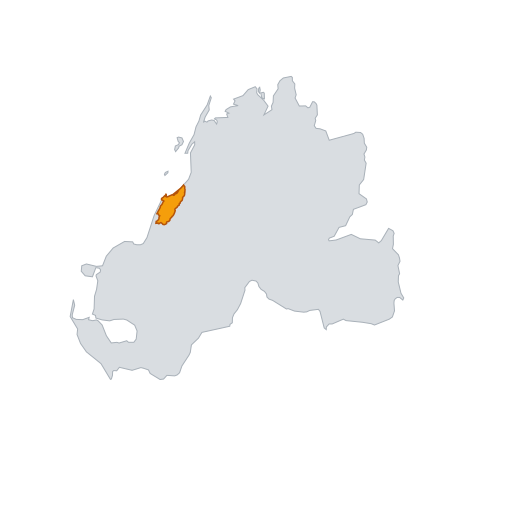 Miranda on a map of Venezuela (Albers equal-area conic projection), rotated 297°
{"feature_id": "VEN-47", "entity_name": "Miranda", "entity_type": "State", "adm_level": 1, "iso_a3": "VEN", "parent_name": "Venezuela", "parent_adm1": "", "projection": "albers", "projection_center": [-66.423, 10.291], "detail": "fine", "context": "in_parent", "style": "filled", "palette": "amber", "viewbox_px": 512, "rotation_deg": 297, "n_neighbors": 0, "source": "natural_earth", "source_scale": "10m", "svg_char_len": 6466}
<svg xmlns="http://www.w3.org/2000/svg" viewBox="0 0 512 512"><g transform="rotate(297 256 256)"><path d="M427.0,199.5L432.0,205.8L431.6,207.3L428.6,208.9L426.9,212.5L423.1,214.2L417.9,218.6L414.5,219.1L409.3,226.5L412.3,232.1L411.6,235.0L413.0,236.4L419.2,236.4L419.8,237.9L419.1,240.3L418.0,241.8L409.6,246.6L405.6,246.2L403.9,247.7L398.5,248.8L397.0,251.6L398.4,255.3L399.1,261.4L392.4,268.7L409.7,287.7L411.6,288.7L413.5,293.1L412.9,295.8L409.9,298.9L405.7,301.3L403.2,305.3L400.6,306.2L395.9,305.9L393.6,308.1L390.7,309.0L388.7,312.0L373.0,317.2L366.2,315.8L358.3,319.5L357.0,328.5L354.6,330.6L351.6,330.6L341.8,321.6L336.8,323.0L333.5,321.8L323.7,322.1L319.2,317.0L309.1,316.7L305.2,313.2L303.4,313.2L302.7,314.3L306.6,320.1L318.5,331.1L318.7,341.1L324.3,355.0L323.4,359.4L326.6,360.7L340.8,361.6L340.7,366.5L338.9,368.8L336.1,369.2L328.8,373.1L324.5,374.3L321.7,382.4L319.3,384.8L316.7,386.7L311.9,386.8L305.4,392.0L303.1,391.9L297.5,394.5L288.6,402.1L285.7,406.7L283.4,406.8L284.3,402.8L283.2,400.6L281.1,399.5L279.1,399.3L276.6,400.3L270.0,404.3L263.6,405.2L260.2,403.4L248.3,392.9L248.0,389.4L245.3,381.0L239.3,365.5L239.4,362.5L230.0,354.7L228.6,352.0L224.7,350.9L222.3,352.0L222.9,349.4L235.7,338.2L236.8,335.8L231.9,328.6L229.2,326.5L227.6,324.0L224.4,315.3L223.7,308.5L222.6,307.2L224.0,290.8L223.5,287.2L224.4,284.4L226.9,282.6L228.3,279.6L228.6,275.7L230.1,272.5L232.8,269.9L233.7,267.4L232.6,263.4L230.3,261.7L222.7,260.4L220.6,261.7L206.6,263.9L199.7,263.8L194.4,262.7L190.4,263.0L185.7,265.2L183.4,263.9L181.5,264.5L163.4,242.5L156.6,242.0L147.5,238.8L140.3,241.2L137.3,241.3L124.4,239.9L117.3,240.9L114.3,239.8L112.3,238.0L109.2,230.8L104.4,229.5L102.4,226.6L103.3,215.0L105.7,211.9L104.9,206.6L104.3,204.1L97.9,197.5L94.8,184.8L90.5,184.0L89.3,181.2L88.0,180.7L84.5,182.3L80.7,183.0L80.0,182.3L89.7,166.8L93.6,148.4L98.4,139.4L104.8,132.2L110.0,130.2L117.7,117.9L134.2,113.1L129.8,116.8L120.0,119.0L117.7,120.5L117.9,124.6L120.6,130.5L125.6,135.2L123.2,135.7L124.2,139.9L126.6,142.8L126.6,144.6L124.7,150.2L117.0,158.9L112.8,166.5L115.9,171.2L116.3,173.5L121.8,179.3L121.2,181.6L123.6,186.3L127.5,187.0L135.2,184.1L139.3,179.3L140.3,169.9L139.6,166.5L135.0,158.3L131.8,155.1L129.2,147.9L128.0,141.5L130.2,140.0L130.0,136.6L135.3,135.8L146.8,130.4L153.9,129.1L162.1,126.3L165.6,122.5L166.9,122.2L171.0,124.5L173.1,123.8L174.0,122.0L172.9,118.6L163.2,119.7L160.8,112.8L163.1,107.2L168.2,105.2L171.9,108.5L174.3,118.5L177.6,123.7L187.9,122.7L198.3,125.1L209.3,132.3L212.6,139.7L211.2,141.6L211.9,144.7L213.5,147.9L215.9,149.9L222.9,150.5L245.7,146.9L264.9,146.4L268.5,147.9L268.9,150.6L275.1,156.2L293.8,161.1L301.1,160.3L318.1,150.8L327.3,150.9L329.9,149.5L326.5,148.1L318.9,147.6L316.6,148.5L315.3,146.1L326.2,145.3L336.0,145.7L343.9,143.9L350.2,143.9L356.5,142.7L368.4,143.9L377.8,142.7L376.7,144.3L368.7,145.6L364.9,148.0L356.8,147.6L351.1,148.5L352.9,149.1L353.0,151.5L354.6,152.0L357.1,154.8L357.7,157.2L355.7,161.0L358.0,160.6L359.3,159.3L359.3,156.7L360.6,157.1L366.7,168.0L369.2,165.4L371.0,167.0L370.9,162.8L372.9,162.9L377.3,165.6L381.9,171.8L381.1,167.0L384.7,166.9L385.6,164.8L393.0,171.6L400.7,173.5L406.5,178.5L405.3,181.1L401.9,182.4L400.6,184.1L398.2,192.3L395.0,198.7L385.3,199.0L393.6,203.8L396.5,201.7L400.6,201.5L406.6,198.8L415.0,199.8L418.6,197.6L423.1,197.8L427.0,199.5ZM326.8,133.0L327.6,136.4L325.1,139.4L321.5,139.5L318.8,137.6L317.3,138.0L312.5,137.0L313.9,135.2L317.4,134.2L320.0,136.3L322.2,136.4L322.7,134.7L325.6,132.0L326.8,133.0ZM404.9,189.4L399.8,192.2L399.5,189.5L403.4,186.2L405.2,188.2L404.9,189.4ZM291.6,139.1L290.2,139.7L286.4,138.3L287.2,137.3L289.3,137.3L291.6,139.1ZM405.8,184.4L402.7,185.3L403.6,183.4L406.8,182.3L408.0,182.7L405.8,184.4Z" fill="#d9dde1" stroke="#a8b0b8" stroke-width="1"/><path d="M263.2,146.4L263.3,146.3L263.6,146.0L264.1,145.8L264.8,145.9L266.3,146.8L268.0,147.2L268.6,147.6L269.8,147.8L270.1,147.8L269.9,148.2L269.3,148.6L268.6,148.8L268.1,148.7L268.1,149.0L268.1,149.7L268.2,149.9L269.0,150.7L271.0,152.2L271.2,152.5L272.0,153.0L272.5,153.7L274.3,154.8L274.0,154.9L273.6,154.8L273.3,154.7L273.1,154.5L272.9,154.7L272.7,154.9L273.3,155.6L273.9,155.4L274.6,155.8L275.7,156.8L276.4,157.1L277.1,157.2L278.6,157.2L277.8,156.7L275.2,155.6L274.7,154.8L282.1,158.1L285.3,159.0L286.2,159.2L286.1,159.3L285.8,160.5L285.6,160.9L285.4,160.9L285.3,161.0L285.2,161.1L284.9,161.3L284.6,161.5L283.9,161.7L283.7,161.9L283.0,162.6L282.8,162.7L282.6,162.8L282.3,162.9L281.6,163.1L281.3,163.2L281.1,163.4L280.8,163.7L280.7,163.7L280.3,163.5L280.1,163.5L279.9,163.6L279.2,164.2L277.9,164.6L277.4,164.7L276.7,164.6L276.4,164.5L276.3,164.4L276.1,164.4L275.8,164.3L275.2,164.1L274.9,164.1L274.6,164.1L274.4,164.3L274.2,164.4L273.6,164.6L272.3,164.9L272.0,164.9L270.1,164.2L269.7,164.1L269.3,164.2L269.1,164.2L268.6,164.4L268.4,164.4L268.2,164.2L267.9,163.9L267.7,163.9L267.5,164.0L266.8,164.3L266.5,164.3L266.4,164.4L265.9,164.1L265.2,163.7L264.9,163.6L264.3,163.5L263.8,163.6L263.6,163.5L263.4,163.5L262.6,163.1L262.2,162.8L261.7,162.6L261.4,162.5L261.1,162.5L260.5,162.7L260.4,162.7L260.3,162.8L260.2,162.8L259.9,163.3L259.6,163.5L258.7,163.6L257.6,163.8L255.4,163.9L254.0,163.7L253.5,163.5L253.3,163.3L253.1,163.2L252.9,163.2L252.7,163.3L251.9,163.2L251.7,163.1L251.3,162.8L250.8,162.7L250.0,162.6L249.6,162.7L248.9,163.0L248.5,163.0L248.4,162.9L248.2,162.8L247.7,162.7L247.4,162.7L247.2,162.6L247.0,162.3L246.7,162.1L246.5,161.7L246.3,161.4L245.9,161.1L245.6,161.0L245.4,161.0L245.2,161.1L244.9,161.3L244.7,161.4L244.3,161.6L243.1,160.8L242.5,160.3L242.3,160.1L242.0,159.2L241.9,158.9L241.9,158.7L242.0,158.6L242.1,158.3L242.3,158.0L242.3,157.9L242.6,156.3L242.6,156.1L242.4,155.9L242.1,155.6L241.9,155.5L241.1,155.2L240.9,155.1L240.6,154.7L240.5,154.4L240.5,154.2L240.6,153.9L240.8,153.8L240.9,153.6L240.6,153.4L239.7,152.0L241.4,151.4L241.5,151.6L242.3,151.9L243.5,152.4L244.1,152.6L244.6,152.6L244.9,152.6L245.2,152.6L245.8,152.3L246.3,152.1L246.5,152.0L246.9,151.9L247.3,151.9L248.1,152.0L248.3,150.8L248.5,150.3L248.8,150.0L249.1,149.7L249.0,149.1L248.7,148.6L248.9,148.5L249.0,148.4L249.1,148.5L249.5,148.7L250.7,148.5L252.6,148.5L253.0,148.6L255.5,148.6L255.9,148.6L256.1,148.4L256.3,148.3L257.7,148.3L257.8,148.3L258.0,148.4L258.2,148.5L258.4,148.5L258.5,148.6L259.1,148.8L259.3,148.8L259.5,148.7L259.8,148.8L260.0,148.8L261.8,148.7L262.1,148.7L262.9,149.0L263.2,148.9L263.2,148.7L263.3,147.4L263.3,147.2L263.2,146.6L263.2,146.4Z" fill="#f59e0b" stroke="#b45309" stroke-width="1.5"/></g></svg>